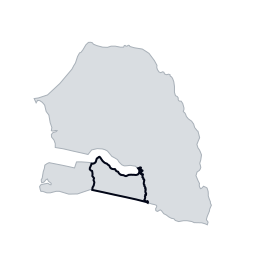 Senegal, with Kolda highlighted, rotated 12°
{"feature_id": "SEN-774", "entity_name": "Kolda", "entity_type": "Region", "adm_level": 1, "iso_a3": "SEN", "parent_name": "Senegal", "parent_adm1": "", "projection": "natural_earth1", "projection_center": [-14.005, 13.12], "detail": "fine", "context": "in_parent", "style": "outline", "palette": "ink", "viewbox_px": 256, "rotation_deg": 12, "n_neighbors": 0, "source": "natural_earth", "source_scale": "10m", "svg_char_len": 5799}
<svg xmlns="http://www.w3.org/2000/svg" viewBox="0 0 256 256"><g transform="rotate(12 128 128)"><path d="M197.1,116.6L200.1,122.6L199.5,125.5L198.8,129.7L200.5,132.8L202.5,134.7L203.9,136.6L205.5,139.1L205.8,144.1L205.5,147.7L206.5,149.4L207.4,151.4L207.2,153.2L206.6,154.7L204.7,156.7L204.4,160.5L207.5,165.0L209.5,167.5L209.5,168.9L210.1,170.5L211.5,172.3L212.4,171.8L213.4,170.4L213.9,169.3L216.5,169.8L217.8,170.3L219.5,173.2L220.1,175.2L220.6,177.7L222.4,180.8L223.9,183.0L224.2,184.3L225.6,186.2L224.8,190.3L224.9,192.4L223.9,197.9L223.7,200.5L223.8,201.5L225.9,203.4L225.7,206.2L223.6,205.7L219.8,205.4L212.4,206.8L209.8,206.2L204.9,206.4L201.4,207.2L197.0,209.0L193.5,208.6L191.7,207.2L189.2,207.3L186.4,206.5L183.5,205.1L180.8,204.4L177.9,201.9L176.6,201.4L175.6,202.1L174.8,203.0L174.0,203.5L172.4,203.0L171.8,201.3L172.3,199.6L172.4,198.4L171.7,197.7L169.9,197.4L167.1,197.4L162.5,196.9L161.4,196.6L151.1,196.2L140.4,196.1L131.3,196.1L119.9,196.0L111.9,196.0L104.3,195.9L98.5,199.3L92.3,203.0L83.8,205.0L74.1,204.2L71.0,204.8L67.8,206.4L65.4,207.6L62.1,208.3L57.7,207.7L56.0,208.1L54.9,206.4L53.7,203.7L54.5,201.7L57.1,200.4L61.1,198.7L63.2,199.6L64.4,199.6L64.6,198.6L64.2,198.0L61.2,196.5L59.7,194.6L58.4,195.8L57.3,198.1L56.4,198.8L55.0,199.5L54.2,197.9L53.9,196.3L54.5,195.1L54.2,188.4L54.6,184.8L54.4,181.6L56.3,179.6L58.1,178.3L65.0,178.2L71.5,178.1L77.7,178.1L84.0,178.2L84.7,171.9L86.7,171.4L89.7,170.8L95.3,170.0L101.5,169.3L102.8,168.1L103.9,166.0L104.5,164.1L105.8,163.3L107.6,163.9L109.8,164.9L112.2,166.4L114.9,167.8L116.7,168.7L121.1,170.9L128.5,174.0L134.6,175.2L142.0,173.0L147.3,171.5L148.0,168.8L147.2,166.2L143.2,163.8L137.8,164.1L136.1,164.7L133.6,165.5L132.1,165.8L129.6,165.3L126.3,163.2L124.3,161.1L121.5,160.1L118.1,159.1L112.7,154.8L109.9,154.0L107.2,153.8L102.1,154.6L97.0,157.0L94.4,162.2L89.4,162.1L78.7,162.0L69.0,161.8L60.9,162.2L60.1,158.4L58.2,155.3L55.1,152.7L54.4,150.3L55.5,148.2L58.5,146.5L59.2,145.3L57.6,145.5L55.2,146.6L53.6,146.6L53.4,143.3L50.8,139.0L47.9,131.8L44.5,128.8L41.7,122.9L38.8,120.7L36.1,119.6L33.8,119.8L32.9,122.5L30.1,118.7L34.0,117.3L42.4,112.4L52.1,98.6L60.9,82.2L62.0,78.3L63.1,75.3L63.8,68.6L65.0,64.6L66.2,63.9L67.7,60.8L69.5,55.4L71.5,52.5L73.7,51.9L75.5,52.1L76.7,53.2L80.4,53.9L86.4,54.2L91.1,53.4L94.4,51.5L98.7,50.6L104.1,50.5L106.9,49.8L107.2,48.2L107.9,47.8L109.0,48.4L110.1,48.1L111.1,47.0L112.1,47.0L113.0,47.9L117.5,48.2L125.6,47.8L133.0,50.6L139.8,56.6L143.3,60.7L143.5,62.7L144.6,64.7L146.6,66.7L148.5,67.1L150.2,65.8L151.5,66.0L152.5,67.5L154.4,67.9L156.6,66.9L158.1,67.2L158.4,68.2L158.7,68.6L159.8,68.9L161.2,70.1L163.2,73.3L164.8,77.7L166.0,83.4L167.7,86.5L169.7,87.0L170.9,88.2L171.1,89.6L171.7,90.5L172.7,91.0L174.4,90.7L176.4,92.6L178.6,96.8L178.9,98.7L178.6,99.8L178.7,100.5L180.2,101.2L181.5,102.6L182.7,104.6L185.1,106.5L188.8,108.1L191.4,110.5L193.1,113.7L196.4,116.4L197.1,116.6Z" fill="#d9dde1" stroke="#a8b0b8" stroke-width="1"/><path d="M162.9,197.1L161.4,196.6L151.1,196.2L139.8,196.1L131.5,196.1L128.5,196.1L117.2,196.0L114.7,196.0L105.9,196.0L105.7,193.7L106.0,192.6L106.4,191.4L106.4,189.6L106.4,188.3L105.9,187.2L105.2,186.4L105.1,185.1L105.2,184.1L104.1,183.2L103.1,182.4L103.0,181.6L102.9,180.4L102.2,178.4L101.8,177.5L100.3,177.2L99.2,176.3L99.0,175.0L99.3,173.6L99.6,172.2L99.7,170.5L100.8,170.3L101.8,169.9L102.7,169.2L103.4,168.2L103.6,167.2L103.7,164.9L104.1,164.0L104.9,163.2L105.5,162.4L106.2,162.1L107.1,162.7L108.6,164.2L110.1,165.6L112.2,166.8L113.3,167.1L114.5,167.2L115.0,167.4L116.1,168.1L116.6,168.3L117.3,168.5L117.6,168.7L118.3,169.8L119.2,170.7L120.2,171.2L121.4,171.3L122.6,171.2L123.6,170.9L124.0,171.0L124.9,172.0L125.2,172.3L125.6,172.6L126.1,172.7L127.1,172.8L127.5,172.9L127.8,173.3L128.1,173.7L128.4,174.0L128.7,174.3L129.9,175.0L130.7,175.3L131.6,175.3L133.4,175.1L135.1,175.5L136.0,175.5L136.7,175.1L138.3,173.8L138.8,173.5L139.3,173.5L140.7,173.0L142.0,172.9L143.2,172.6L145.6,172.3L147.2,171.5L148.1,169.9L148.2,168.0L147.5,166.3L147.2,166.0L146.4,165.5L146.2,165.3L146.6,165.1L146.9,164.9L147.3,164.9L147.5,164.8L147.6,164.7L147.7,164.3L147.8,164.2L148.1,164.0L148.4,164.1L148.7,164.1L148.9,164.1L149.0,164.3L148.9,164.5L148.8,164.9L148.8,165.2L148.8,165.4L148.7,165.6L148.6,165.8L148.5,166.2L148.6,166.4L148.8,166.6L149.0,166.6L149.5,166.3L149.8,166.2L150.0,166.2L150.2,166.3L150.6,166.5L151.0,166.6L151.1,166.8L151.0,167.0L150.9,167.1L150.4,167.8L150.2,168.1L150.2,168.3L150.2,168.5L150.2,168.9L150.1,169.1L150.0,169.3L150.0,169.5L149.9,169.6L149.7,169.9L149.8,170.1L150.0,170.2L150.2,170.3L150.4,170.3L150.6,170.3L150.8,170.3L151.6,170.1L152.0,170.1L152.3,170.3L152.3,170.5L152.2,170.7L151.9,171.2L151.9,171.3L151.9,171.5L152.1,171.6L152.3,171.8L152.4,172.2L152.4,172.5L152.3,172.9L152.3,173.1L152.5,173.3L152.8,173.5L153.2,173.7L153.4,173.8L153.5,174.0L153.5,174.4L153.6,174.6L153.7,174.9L153.9,175.0L154.1,175.1L154.5,175.1L154.7,175.4L154.8,175.6L154.8,176.4L154.8,176.7L154.8,177.3L154.8,177.5L154.8,177.9L154.9,178.2L154.9,178.8L155.0,179.2L155.2,179.7L155.6,180.3L155.8,180.5L156.0,180.5L156.1,180.9L156.1,181.2L156.1,181.4L156.2,181.6L156.7,181.9L157.0,182.3L157.2,182.7L157.5,182.9L157.5,183.1L157.5,183.3L157.4,183.5L157.4,183.8L157.6,183.9L157.8,183.9L158.0,184.0L158.2,185.3L158.1,185.5L158.0,185.8L158.0,186.0L158.2,186.3L158.3,186.9L158.4,187.2L158.7,187.6L159.1,187.9L159.3,188.1L159.4,188.9L159.5,189.2L159.5,189.5L159.3,189.5L159.1,189.5L158.9,189.6L159.0,189.8L159.1,190.0L159.1,190.3L158.9,190.7L158.8,190.8L158.8,191.0L158.8,191.5L159.1,191.8L159.1,192.1L159.2,192.3L159.3,192.6L159.2,193.9L159.2,194.1L159.0,194.5L159.0,194.9L159.2,195.2L159.5,195.4L159.9,195.6L160.2,195.8L160.6,195.9L161.4,195.9L161.7,195.8L162.0,195.7L162.3,195.5L162.7,195.8L163.0,196.5L162.9,197.1L162.9,197.1Z" fill="none" stroke="#020617" stroke-width="2"/></g></svg>